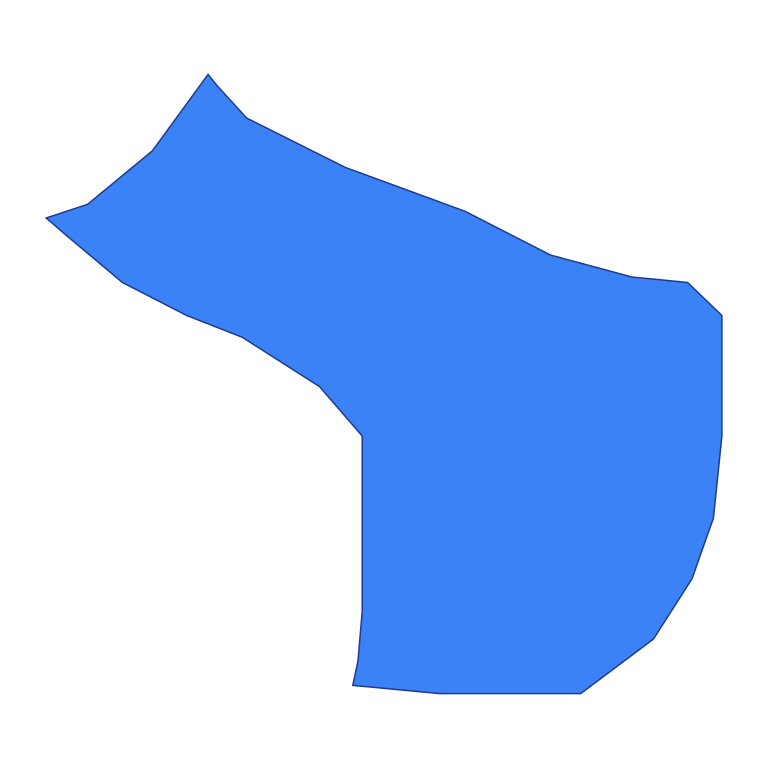 outline of Bristol
{"feature_id": "GBR-2044", "entity_name": "Bristol", "entity_type": "Unitary Authority", "adm_level": 1, "iso_a3": "GBR", "parent_name": "United Kingdom", "parent_adm1": "", "projection": "natural_earth1", "projection_center": [-2.619, 51.456], "detail": "fine", "context": "isolated", "style": "filled", "palette": "blue", "viewbox_px": 768, "rotation_deg": 0, "n_neighbors": 0, "source": "natural_earth", "source_scale": "10m", "svg_char_len": 510}
<svg xmlns="http://www.w3.org/2000/svg" viewBox="0 0 768 768"><path d="M46.1,218.0L87.6,204.3L152.4,150.8L208.1,74.4L217.3,85.9L246.7,118.1L345.2,167.4L465.0,211.3L550.6,255.1L631.8,277.0L687.6,282.5L721.9,315.5L721.9,359.2L721.9,436.0L713.4,518.3L707.4,535.0L692.1,578.6L653.5,639.0L580.7,693.6L439.4,693.6L352.8,685.4L358.0,660.8L362.2,611.5L362.2,540.1L362.2,490.8L362.2,436.0L319.5,386.6L242.3,337.3L186.7,315.5L122.4,282.5L68.1,236.9L46.1,218.0Z" fill="#3b82f6" stroke="#1e3a8a" stroke-width="1.5"/></svg>